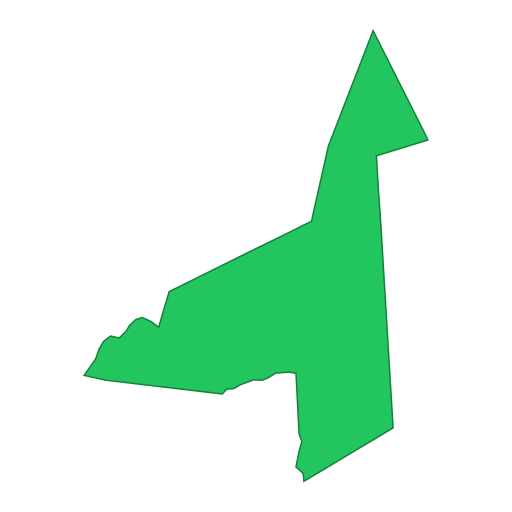 the district of Itaú, Rio Grande do Norte, Brazil
{"feature_id": "56859067B48438751115666", "entity_name": "Itaú", "entity_type": "district", "adm_level": 2, "iso_a3": "BRA", "parent_name": "Brazil", "parent_adm1": "Rio Grande do Norte", "projection": "mercator", "projection_center": [-37.937, -5.8], "detail": "fine", "context": "isolated", "style": "filled", "palette": "green", "viewbox_px": 512, "rotation_deg": 0, "n_neighbors": 0, "source": "geoboundaries", "source_scale": "gbopen_adm2", "svg_char_len": 691}
<svg xmlns="http://www.w3.org/2000/svg" viewBox="0 0 512 512"><path d="M373.1,30.7L328.3,146.3L325.9,157.1L313.7,211.3L311.5,221.3L303.2,225.3L290.2,231.9L248.6,252.2L169.2,291.6L163.5,310.6L158.7,327.2L150.7,321.3L142.2,317.5L135.7,319.6L129.6,325.3L125.9,331.6L119.1,338.0L110.6,336.0L103.5,341.5L99.1,349.1L95.6,359.0L84.1,375.4L105.9,380.2L222.3,394.0L226.8,389.2L234.0,388.5L240.5,384.7L253.4,379.9L262.3,380.2L268.2,377.8L275.6,373.1L289.3,372.1L296.0,373.4L299.1,434.0L301.8,441.5L299.4,450.2L297.8,457.6L296.0,467.0L303.2,473.4L303.9,481.3L393.1,427.9L380.2,214.1L378.5,191.2L376.4,155.8L427.9,140.0L424.5,132.8L373.1,30.7Z" fill="#22c55e" stroke="#15803d" stroke-width="1.5"/></svg>